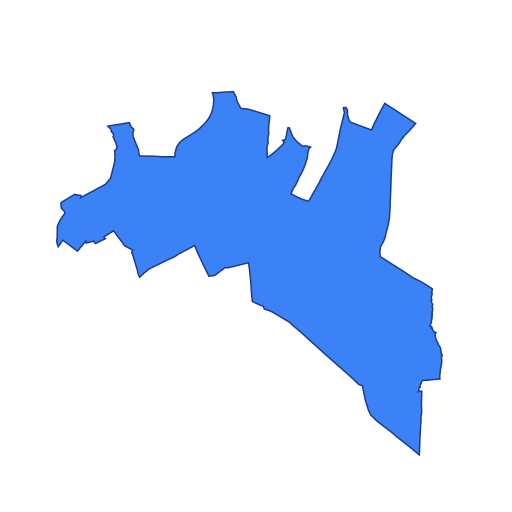 Romanesti, Iasi, Romania (Natural Earth projection), rotated 189°
{"feature_id": "2599482B96915203273112", "entity_name": "Romanesti", "entity_type": "district", "adm_level": 2, "iso_a3": "ROU", "parent_name": "Romania", "parent_adm1": "Iasi", "projection": "natural_earth1", "projection_center": [27.339, 47.277], "detail": "fine", "context": "isolated", "style": "filled", "palette": "blue", "viewbox_px": 512, "rotation_deg": 189, "n_neighbors": 0, "source": "geoboundaries", "source_scale": "gbopen_adm2", "svg_char_len": 6015}
<svg xmlns="http://www.w3.org/2000/svg" viewBox="0 0 512 512"><g transform="rotate(189 256 256)"><path d="M422.7,361.0L422.2,360.6L421.2,360.1L421.1,359.7L420.6,359.7L419.6,359.0L418.9,358.0L418.6,357.3L418.4,357.1L418.3,356.5L418.4,356.1L417.3,355.6L416.6,354.9L415.6,353.2L415.5,352.7L415.5,352.2L415.9,351.6L415.4,351.2L415.2,350.5L414.5,349.7L413.8,348.1L413.5,347.6L412.7,346.9L411.4,344.1L410.7,343.6L410.5,340.1L411.1,338.6L412.1,338.2L412.3,337.7L411.7,336.9L411.5,335.1L410.6,331.2L410.6,329.0L410.3,327.1L411.8,310.2L413.5,307.2L416.0,303.2L438.1,286.4L438.0,287.4L438.3,288.4L443.9,288.3L444.5,288.7L457.0,278.2L455.9,273.0L452.1,269.9L451.7,269.4L451.5,268.6L451.7,267.6L452.5,266.3L455.2,260.7L455.4,259.5L455.7,258.8L456.0,257.9L456.4,255.7L456.9,253.5L456.4,251.3L455.8,246.3L455.4,244.4L455.2,240.3L454.9,238.8L454.4,237.1L453.1,234.9L452.8,234.2L449.3,241.4L433.1,232.9L426.3,244.3L425.6,242.3L418.5,245.4L418.3,244.9L417.7,244.0L416.5,243.2L407.5,249.5L409.0,250.6L409.3,251.0L409.2,251.2L400.6,258.6L387.4,245.7L386.7,245.2L386.5,245.4L383.9,244.3L378.5,242.5L379.2,240.3L379.3,239.6L378.4,238.9L371.0,223.5L370.0,220.9L369.9,220.5L369.3,219.6L368.1,217.5L367.6,216.8L363.6,222.0L361.7,223.9L360.7,225.3L359.7,226.4L358.7,227.1L341.6,239.1L339.1,240.6L336.4,242.5L334.4,244.2L333.4,245.3L318.2,256.8L314.0,249.8L304.0,235.2L299.3,228.6L298.4,229.1L294.8,229.9L294.3,230.1L293.0,231.1L290.3,233.8L288.5,235.9L287.1,237.1L285.3,239.2L284.0,239.9L283.5,239.9L282.4,239.8L280.1,240.8L279.4,241.1L276.1,242.2L274.6,243.0L263.8,247.6L262.3,248.1L261.1,244.3L259.7,239.3L258.4,234.2L258.0,233.2L254.3,217.2L252.5,210.5L251.0,210.0L245.2,208.4L241.2,207.5L240.8,207.3L240.6,207.1L240.0,205.5L239.6,205.1L239.0,204.9L237.7,204.6L234.8,204.3L232.5,203.5L231.4,203.4L212.1,195.6L207.3,192.3L200.8,188.4L174.5,171.2L144.4,152.1L140.4,149.4L135.7,146.0L134.7,145.4L133.6,144.9L131.2,144.7L130.8,144.6L130.6,144.4L130.1,143.3L129.0,140.1L125.5,130.8L124.2,128.1L123.0,125.8L121.0,121.7L120.0,120.2L118.0,117.2L117.8,116.8L117.0,116.3L116.0,115.7L111.5,112.4L108.9,110.9L103.0,107.6L96.0,103.9L93.2,102.3L89.7,100.0L76.0,92.4L63.6,85.1L65.9,104.6L66.4,110.2L67.0,115.3L67.3,119.6L67.9,123.1L67.9,124.9L67.8,125.8L67.9,126.9L68.5,131.1L69.2,133.7L69.4,135.3L71.1,148.4L72.8,148.0L74.3,147.5L74.1,147.8L73.9,148.2L73.9,148.6L74.4,149.9L74.5,150.7L74.1,151.5L73.3,152.1L73.6,152.9L73.6,153.8L73.4,155.0L73.0,155.8L72.5,159.0L66.5,160.3L63.1,161.3L55.0,163.3L55.3,164.0L55.6,165.0L56.1,172.4L55.9,176.3L55.9,177.7L56.0,180.8L57.1,185.7L56.4,186.8L56.8,187.4L57.0,187.6L58.0,189.5L58.9,192.6L59.6,194.4L62.1,197.2L63.2,199.3L63.9,199.7L65.4,202.3L66.6,205.5L66.9,206.8L66.6,208.0L66.2,208.5L66.5,208.8L67.3,208.5L67.6,208.7L69.5,209.9L69.8,210.3L70.0,211.2L70.9,212.1L71.4,212.3L70.9,212.7L71.0,213.0L71.5,213.4L71.8,213.9L72.7,213.8L73.2,214.2L73.3,214.4L73.4,214.8L72.8,215.8L72.7,216.5L72.4,218.5L72.4,218.8L72.7,219.3L72.5,220.9L72.5,221.4L72.3,221.9L72.7,222.8L72.8,223.1L72.6,223.9L72.6,224.2L72.6,224.5L73.3,224.8L73.4,225.0L72.9,225.3L72.7,225.5L72.9,226.3L72.8,226.6L73.0,227.1L73.2,227.4L73.4,227.9L73.1,228.8L73.1,229.5L73.3,231.0L73.2,231.7L73.3,232.1L73.8,232.7L73.9,233.3L74.2,233.9L74.0,234.5L74.0,235.5L73.8,235.9L73.9,236.0L74.6,236.5L75.0,237.4L75.9,238.7L75.9,239.0L75.9,239.3L75.6,239.5L75.4,240.3L76.4,241.6L76.4,243.5L76.2,245.2L76.0,245.9L76.0,246.2L76.5,246.7L76.4,247.0L76.8,247.4L76.8,248.5L76.5,249.3L76.6,249.5L76.6,250.0L76.9,250.7L76.7,251.2L83.8,254.3L90.3,256.9L91.3,257.1L97.7,259.2L110.3,265.0L119.8,269.0L133.2,274.8L133.8,277.2L134.4,280.4L134.4,281.3L134.3,283.0L134.6,284.2L134.3,284.9L132.3,290.4L131.5,293.9L131.3,295.5L131.3,298.2L130.3,306.8L130.2,309.7L130.2,313.6L130.3,316.0L131.1,324.1L133.2,341.9L135.3,358.5L135.7,362.8L136.9,373.3L137.1,377.7L137.0,380.2L136.7,381.8L136.3,382.8L132.6,389.1L131.6,391.2L131.8,391.3L131.7,391.5L130.1,394.7L128.2,398.0L122.0,407.0L119.0,411.9L152.7,426.9L154.8,420.9L155.9,418.0L159.8,405.6L161.1,400.9L161.6,398.5L183.9,403.0L185.4,405.0L187.1,408.1L187.7,409.7L188.5,414.5L188.7,414.8L190.0,416.1L190.3,416.8L192.9,416.1L192.5,415.4L192.6,415.0L191.0,411.4L191.0,411.1L191.1,410.7L191.2,410.3L191.3,409.8L192.6,393.4L193.1,379.5L193.3,376.1L193.7,372.9L195.6,365.8L198.2,357.7L200.3,352.1L203.7,342.9L205.0,338.7L207.3,332.3L207.7,330.7L208.5,329.3L209.3,327.4L209.6,326.2L210.9,322.6L212.5,318.8L212.9,318.2L220.0,319.5L223.2,320.3L231.1,322.8L230.2,326.9L228.8,330.7L228.1,331.7L226.6,336.9L226.4,338.3L225.7,340.4L225.1,342.2L223.8,345.3L223.2,348.1L222.9,348.4L222.7,349.3L221.5,355.3L221.3,356.9L220.8,360.0L220.7,360.9L220.9,366.5L220.5,370.2L219.1,372.0L220.3,372.4L221.5,372.2L222.5,372.6L223.7,372.6L224.7,372.5L226.6,371.8L226.9,371.8L227.9,372.3L228.5,372.4L229.7,373.2L232.8,374.9L234.8,376.4L235.5,377.2L236.9,378.2L238.2,379.5L239.8,382.0L241.4,384.8L243.3,387.9L244.6,387.6L245.0,376.0L246.8,374.8L247.9,374.4L247.7,374.2L247.1,374.1L246.4,373.3L246.3,373.1L246.5,372.9L246.7,372.6L246.5,372.2L246.2,372.1L246.4,371.0L246.7,370.6L249.8,366.8L251.9,364.0L254.0,361.4L256.4,358.8L258.7,356.4L260.3,355.0L262.2,365.3L262.2,367.1L261.9,367.9L261.7,369.4L262.6,373.4L262.6,379.0L263.3,382.4L263.7,385.2L264.1,393.9L264.4,396.7L286.2,399.8L291.5,399.6L294.0,399.3L295.6,401.5L298.7,405.5L299.0,406.1L300.5,410.0L304.1,414.8L306.1,414.3L316.6,412.1L318.8,411.4L324.6,410.5L323.4,408.0L323.0,406.8L322.2,403.6L322.0,402.6L321.7,398.4L321.7,395.2L322.2,391.4L322.7,389.2L323.2,387.6L324.3,384.4L326.7,380.0L327.5,378.7L332.9,371.6L338.4,366.4L346.0,359.9L347.5,358.3L349.1,356.2L350.6,353.3L351.0,352.3L351.5,350.5L352.0,346.7L352.1,345.3L351.7,341.3L364.5,339.3L372.3,338.6L386.6,336.6L387.6,338.8L388.4,341.3L388.7,342.8L389.4,343.6L392.0,348.0L392.9,349.4L395.8,354.5L396.3,355.4L396.8,358.2L396.8,358.9L396.4,361.0L396.5,361.6L396.9,362.2L397.3,362.7L399.3,363.9L399.7,364.3L400.3,365.3L401.1,366.4L401.9,367.9L405.8,366.7L412.8,364.3L421.0,361.7L422.7,361.0Z" fill="#3b82f6" stroke="#1e3a8a" stroke-width="1.5"/></g></svg>